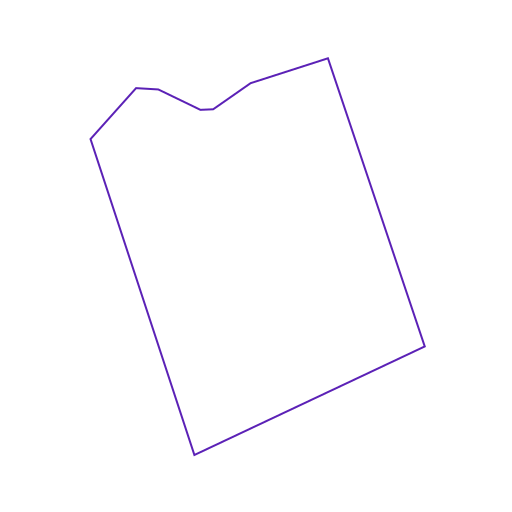 SVG path tracing the border of Lucena, rotated 187°
{"feature_id": "PHL-5560", "entity_name": "Lucena", "entity_type": "Highly Urbanized City", "adm_level": 1, "iso_a3": "PHL", "parent_name": "Philippines", "parent_adm1": "", "projection": "equal_earth", "projection_center": [121.59, 13.937], "detail": "fine", "context": "isolated", "style": "outline", "palette": "violet", "viewbox_px": 512, "rotation_deg": 187, "n_neighbors": 0, "source": "natural_earth", "source_scale": "10m", "svg_char_len": 284}
<svg xmlns="http://www.w3.org/2000/svg" viewBox="0 0 512 512"><g transform="rotate(187 256 256)"><path d="M434.5,351.9L395.5,408.0L373.3,409.4L329.0,394.3L316.4,396.4L282.4,426.9L208.7,461.0L77.5,186.8L292.9,51.0L434.5,351.9Z" fill="none" stroke="#5b21b6" stroke-width="2"/></g></svg>